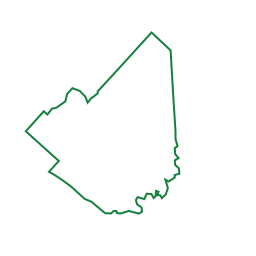 Duval, Florida, United States of America, rotated 133°
{"feature_id": "52423323B60640707975629", "entity_name": "Duval", "entity_type": "district", "adm_level": 2, "iso_a3": "USA", "parent_name": "United States of America", "parent_adm1": "Florida", "projection": "robinson", "projection_center": [-81.627, 30.345], "detail": "fine", "context": "isolated", "style": "outline", "palette": "green", "viewbox_px": 256, "rotation_deg": 133, "n_neighbors": 0, "source": "geoboundaries", "source_scale": "gbopen_adm2", "svg_char_len": 936}
<svg xmlns="http://www.w3.org/2000/svg" viewBox="0 0 256 256"><g transform="rotate(133 128 128)"><path d="M42.1,175.9L96.4,175.3L121.8,175.1L123.2,173.9L128.9,174.6L130.9,175.2L137.0,174.8L134.2,180.4L133.8,188.6L136.8,195.8L144.5,195.7L151.3,192.0L162.3,194.3L165.7,196.8L173.1,196.1L173.2,201.0L200.1,200.5L199.3,156.1L200.8,156.1L213.9,155.9L212.4,149.5L210.9,140.6L209.6,129.5L209.4,111.2L206.9,104.7L205.9,86.5L202.0,82.1L198.4,81.8L196.6,79.9L197.7,78.1L195.7,75.2L188.2,70.9L183.2,61.7L179.5,60.7L176.9,64.0L177.6,69.3L175.3,73.1L172.0,73.8L168.9,67.6L163.3,69.5L160.3,65.8L161.7,61.5L159.4,61.3L154.8,64.6L153.8,62.2L157.0,60.6L155.2,58.4L156.2,55.4L151.1,55.0L144.8,57.8L140.3,65.4L139.6,61.9L132.4,60.0L130.6,61.8L126.3,59.3L122.8,63.2L122.8,68.3L119.8,71.7L115.5,70.5L115.0,75.5L110.9,80.1L107.5,79.4L103.7,85.7L98.1,90.9L71.4,119.2L45.2,146.6L42.2,149.7L42.1,175.9Z" fill="none" stroke="#15803d" stroke-width="2"/></g></svg>